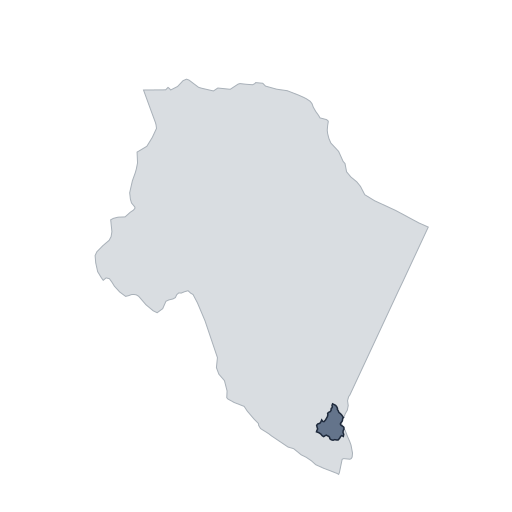 Ntungamo on a map of Uganda (orthographic projection), rotated 295°
{"feature_id": "UGA-3372", "entity_name": "Ntungamo", "entity_type": "District", "adm_level": 1, "iso_a3": "UGA", "parent_name": "Uganda", "parent_adm1": "", "projection": "orthographic", "projection_center": [30.302, -0.955], "detail": "fine", "context": "in_parent", "style": "filled", "palette": "slate", "viewbox_px": 512, "rotation_deg": 295, "n_neighbors": 0, "source": "natural_earth", "source_scale": "10m", "svg_char_len": 3280}
<svg xmlns="http://www.w3.org/2000/svg" viewBox="0 0 512 512"><g transform="rotate(295 256 256)"><path d="M355.0,399.9L348.4,399.9L337.7,399.9L326.9,399.9L316.2,399.9L305.4,399.9L294.6,399.9L283.9,399.8L273.1,399.8L262.3,399.8L251.6,399.8L240.8,399.8L230.0,399.8L219.3,399.8L208.5,399.8L197.7,399.8L187.0,399.8L176.2,399.8L169.8,399.8L168.6,399.6L167.7,399.4L163.6,400.1L159.4,402.8L154.9,403.9L150.2,403.5L149.6,403.7L147.1,403.7L143.6,403.5L140.5,404.2L138.1,406.5L135.6,410.5L131.2,415.1L127.7,419.1L124.8,422.0L118.1,426.8L114.4,428.1L112.6,427.9L111.5,427.0L109.4,421.0L108.1,420.0L95.0,423.1L93.0,423.2L93.2,421.3L92.2,407.0L92.1,398.3L93.8,392.8L94.8,386.5L94.9,381.0L97.3,371.5L96.4,365.8L99.5,346.0L100.3,342.7L101.5,333.1L103.5,330.1L105.2,329.0L107.4,323.1L111.7,313.7L114.7,308.8L114.0,298.2L114.5,291.0L115.2,289.4L121.5,286.8L129.7,280.1L133.2,272.3L138.1,267.3L147.6,264.0L175.8,237.1L188.8,222.7L194.5,215.2L194.7,212.6L195.8,209.1L193.5,206.4L190.8,203.9L189.9,201.6L187.5,200.5L184.2,200.5L182.0,198.9L179.4,195.6L176.9,193.5L168.9,193.7L162.8,190.4L162.9,185.9L165.3,176.9L169.9,166.7L170.2,163.9L169.5,161.5L168.4,159.4L166.3,157.4L164.3,154.9L165.8,147.6L168.8,140.4L171.2,136.8L173.5,132.7L172.8,129.4L169.4,127.8L171.2,124.6L174.9,119.1L182.1,113.6L188.4,110.0L192.6,110.0L200.8,112.9L208.2,116.3L212.3,116.5L217.2,115.1L227.4,109.0L229.9,110.9L232.9,114.6L236.1,120.8L242.6,123.6L245.7,125.5L247.9,126.1L249.1,125.6L251.5,120.7L254.5,118.1L259.9,114.8L271.9,112.2L280.5,111.4L284.2,110.8L290.3,109.3L299.9,104.3L309.3,110.7L319.6,111.9L329.6,111.9L332.6,110.0L334.4,108.5L344.8,98.0L358.9,83.9L368.4,103.9L371.6,105.0L371.2,106.8L370.4,108.5L376.5,113.3L384.1,115.8L386.9,118.3L387.1,121.0L384.6,132.7L385.1,136.0L387.6,147.7L392.1,150.4L396.2,162.2L404.3,167.2L405.5,168.6L407.4,174.3L409.8,180.6L411.8,182.1L413.0,182.4L415.4,189.1L414.0,192.8L415.9,204.2L419.0,214.4L419.8,226.5L419.9,231.8L419.8,235.1L419.1,239.7L417.7,242.4L415.1,245.0L412.2,249.1L409.8,253.4L408.2,255.6L409.4,262.1L409.1,263.9L408.4,264.7L404.8,265.7L400.1,267.4L397.2,269.2L393.2,272.5L390.0,276.1L385.7,286.7L378.6,294.9L377.4,297.6L370.6,302.5L367.7,308.6L365.8,316.0L363.2,321.3L357.5,328.7L356.2,340.2L356.3,363.3L354.8,389.6L355.0,399.9Z" fill="#d9dde1" stroke="#a8b0b8" stroke-width="1"/><path d="M146.6,403.5L145.7,403.2L144.8,403.3L144.0,403.7L143.1,403.9L142.1,403.8L141.0,403.5L140.0,403.3L139.1,403.7L138.6,404.5L138.2,407.1L137.9,408.0L137.5,408.3L136.5,408.7L136.3,408.9L136.2,408.9L134.7,408.8L132.9,409.4L131.4,410.9L129.4,411.4L129.5,409.6L128.3,409.0L126.1,408.8L124.0,408.2L123.3,406.7L122.8,404.9L121.6,403.7L121.3,402.3L121.3,401.2L121.6,400.2L122.8,399.2L123.3,398.1L123.2,396.8L123.4,395.5L122.3,394.5L120.9,393.7L121.1,392.0L122.1,389.8L122.4,387.5L122.2,385.1L123.7,384.9L125.3,385.0L126.7,383.7L128.2,382.5L130.0,383.0L131.3,384.5L133.1,384.9L135.2,384.8L134.3,386.4L134.6,387.6L136.7,388.3L140.7,388.6L142.5,388.2L143.7,387.4L145.0,387.9L146.3,389.0L147.9,389.3L148.8,388.8L149.8,388.6L150.7,389.1L151.3,389.0L151.9,388.7L152.3,388.3L152.8,388.0L154.4,387.9L154.3,391.2L153.6,392.7L152.4,394.2L151.4,394.5L150.2,396.3L149.4,397.0L149.0,398.0L148.9,398.9L148.0,401.1L146.7,403.1L146.6,403.5Z" fill="#64748b" stroke="#1e293b" stroke-width="1.5"/></g></svg>